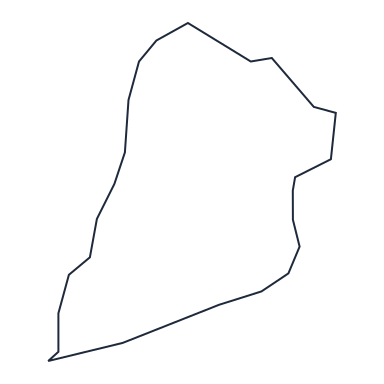 outline of Seo-gu [West District], South Jeolla, South Korea
{"feature_id": "91817680B87996420220515", "entity_name": "Seo-gu [West District]", "entity_type": "district", "adm_level": 2, "iso_a3": "KOR", "parent_name": "South Korea", "parent_adm1": "South Jeolla", "projection": "orthographic", "projection_center": [126.854, 35.133], "detail": "fine", "context": "isolated", "style": "outline", "palette": "slate", "viewbox_px": 384, "rotation_deg": 0, "n_neighbors": 0, "source": "geoboundaries", "source_scale": "gbopen_adm2", "svg_char_len": 427}
<svg xmlns="http://www.w3.org/2000/svg" viewBox="0 0 384 384"><path d="M48.2,361.0L122.7,342.9L219.0,304.8L261.5,291.4L288.4,273.4L299.6,246.6L292.9,219.7L292.8,190.6L295.1,177.2L330.9,159.2L335.8,112.9L313.8,106.9L271.8,58.0L250.8,61.5L187.9,23.0L156.4,40.5L139.0,61.5L128.5,100.0L124.9,152.4L114.4,183.9L96.9,218.9L89.9,257.3L68.9,274.8L58.4,313.3L58.4,351.8L48.2,361.0Z" fill="none" stroke="#1e293b" stroke-width="2"/></svg>